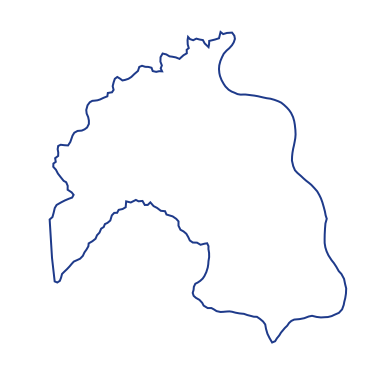 Ponto Chique, Minas Gerais, Brazil (Robinson projection), rotated 175°
{"feature_id": "56859067B60283118816321", "entity_name": "Ponto Chique", "entity_type": "district", "adm_level": 2, "iso_a3": "BRA", "parent_name": "Brazil", "parent_adm1": "Minas Gerais", "projection": "robinson", "projection_center": [-44.962, -16.605], "detail": "fine", "context": "isolated", "style": "outline", "palette": "blue", "viewbox_px": 384, "rotation_deg": 175, "n_neighbors": 0, "source": "geoboundaries", "source_scale": "gbopen_adm2", "svg_char_len": 3878}
<svg xmlns="http://www.w3.org/2000/svg" viewBox="0 0 384 384"><g transform="rotate(175 192 192)"><path d="M138.2,347.3L143.3,347.4L147.2,346.6L149.6,348.9L151.7,342.8L155.7,341.9L158.9,341.4L161.7,341.0L162.1,337.7L162.9,334.9L166.4,338.9L167.9,342.4L171.0,343.2L174.3,344.4L177.6,343.1L180.7,344.5L182.4,346.8L183.2,343.6L183.4,339.4L182.7,335.6L184.9,334.1L185.1,330.6L188.5,329.0L192.9,325.7L196.4,327.5L199.9,328.5L202.6,329.1L205.6,331.3L209.2,332.5L211.6,329.0L212.1,324.6L211.0,320.7L212.4,317.9L211.3,314.8L214.2,315.2L217.2,314.8L220.6,315.9L221.5,319.3L224.5,320.4L227.7,320.8L230.8,322.1L233.6,321.2L235.3,317.3L239.2,314.5L242.4,311.9L245.5,310.3L248.9,309.5L251.6,309.2L253.7,311.1L256.4,313.1L259.0,311.5L260.5,308.1L261.8,304.3L261.2,300.6L263.0,298.3L267.2,298.0L268.0,294.7L271.7,293.6L275.5,292.2L278.2,291.6L280.8,291.5L283.4,291.5L286.0,290.3L288.5,287.5L290.2,282.9L290.1,279.3L288.9,275.7L288.5,272.1L288.8,268.8L290.9,265.4L293.5,263.8L296.4,262.8L300.7,262.8L304.1,261.3L306.1,258.6L307.3,255.9L308.9,252.4L311.4,249.2L314.8,249.7L318.7,250.5L321.3,249.5L322.1,246.4L321.8,243.0L322.2,239.6L325.4,237.6L325.1,233.9L327.6,232.4L328.0,229.2L325.6,226.0L324.0,222.1L321.5,218.2L318.9,214.3L316.5,212.7L315.3,209.0L315.7,205.1L311.9,202.1L310.2,199.5L311.9,196.9L315.3,196.0L319.3,194.7L323.0,193.2L325.4,192.1L328.0,190.9L330.1,188.0L331.7,183.2L333.2,179.2L336.2,177.0L337.2,138.6L336.6,114.9L334.1,113.6L331.4,115.0L329.9,118.1L328.6,121.7L326.2,123.7L323.3,126.0L320.5,128.5L318.0,131.0L315.8,133.0L312.6,134.1L309.3,135.3L306.3,137.9L304.4,141.2L302.1,143.9L300.0,146.9L299.4,149.8L295.6,151.6L292.2,153.8L290.4,157.2L287.7,159.6L285.7,163.4L283.0,164.8L281.6,167.6L278.9,168.6L275.9,170.7L273.9,175.7L271.3,178.0L268.4,177.8L266.6,180.6L262.6,181.1L259.4,182.6L258.4,188.4L253.9,186.9L248.6,189.0L246.1,187.4L242.1,187.4L240.2,183.2L237.2,183.0L234.4,185.3L231.5,181.3L228.2,179.2L224.7,176.0L220.5,175.2L219.4,171.8L216.9,170.8L213.4,169.4L210.0,166.6L208.0,163.9L208.4,159.6L206.8,155.4L203.9,153.5L201.3,150.9L199.7,147.5L198.4,143.9L195.6,141.6L191.4,141.1L188.1,138.7L184.1,139.4L181.4,139.6L180.3,136.6L180.6,133.7L180.3,129.8L180.6,125.6L181.6,121.7L182.1,118.6L182.9,115.4L184.7,111.0L187.0,107.1L188.9,104.8L191.5,102.8L194.2,101.3L196.7,100.3L198.4,97.4L199.0,94.2L200.1,91.4L199.4,88.4L197.3,86.2L194.0,83.9L191.5,80.7L190.3,77.8L186.5,75.0L182.8,74.7L180.5,73.2L177.9,71.2L174.1,70.0L171.4,69.9L167.7,69.9L165.0,69.8L162.5,69.2L159.2,68.0L155.2,66.9L150.9,66.1L147.6,64.6L144.4,63.5L141.4,62.4L138.2,62.0L135.3,59.6L132.5,56.8L130.6,53.7L130.2,49.2L129.2,44.2L127.5,39.8L125.3,35.1L122.2,36.1L120.2,38.8L117.5,41.6L115.6,44.2L113.5,46.3L111.4,48.4L108.8,50.5L106.7,53.1L104.3,54.9L101.3,56.0L96.0,56.0L91.2,56.5L86.6,57.8L83.2,58.2L78.8,56.7L74.5,55.8L70.4,55.7L67.5,55.6L63.7,56.2L61.0,57.2L56.2,58.8L52.7,62.0L50.7,66.3L49.9,69.2L48.6,72.9L47.5,77.3L46.8,82.5L47.5,87.0L48.1,92.2L50.3,97.3L52.7,100.4L54.8,105.0L56.9,108.9L58.9,111.9L61.6,117.0L63.1,121.2L64.0,125.3L64.3,129.6L64.0,133.5L63.5,138.2L62.7,143.9L61.8,149.1L60.1,153.6L60.9,157.1L61.3,161.1L62.0,165.2L63.0,170.3L64.1,174.4L65.4,177.8L67.2,181.7L69.6,185.0L72.5,188.7L74.7,190.9L77.3,193.3L79.6,195.7L82.0,198.4L85.3,201.8L87.5,204.6L88.9,208.9L89.7,214.6L89.2,218.7L88.5,222.3L87.5,226.1L86.4,229.5L85.3,233.3L84.4,236.7L83.8,240.3L83.6,244.8L83.7,250.0L84.0,253.7L84.8,257.8L86.4,262.1L88.1,265.1L90.1,267.8L92.7,270.7L95.3,273.2L98.0,274.8L101.8,276.6L105.7,278.1L109.3,278.9L112.9,280.0L117.8,281.6L121.5,282.6L124.4,283.2L127.6,283.9L130.6,284.5L135.3,284.8L138.2,285.6L141.0,287.2L143.8,288.6L146.6,290.7L149.5,294.2L151.0,296.9L152.8,300.9L154.0,305.1L154.4,308.1L154.4,312.1L153.8,315.8L152.3,320.0L150.4,323.6L148.3,327.0L145.2,329.9L142.3,332.0L139.4,334.7L137.4,337.4L135.9,340.8L136.2,344.0L138.2,347.3Z" fill="none" stroke="#1e3a8a" stroke-width="2"/></g></svg>